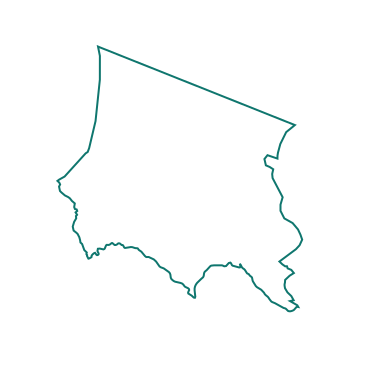 the border of Zhambyl, rotated 22°
{"feature_id": "KAZ-3252", "entity_name": "Zhambyl", "entity_type": "Region", "adm_level": 1, "iso_a3": "KAZ", "parent_name": "Kazakhstan", "parent_adm1": "", "projection": "equal_earth", "projection_center": [72.801, 44.147], "detail": "fine", "context": "isolated", "style": "outline", "palette": "teal", "viewbox_px": 384, "rotation_deg": 22, "n_neighbors": 0, "source": "natural_earth", "source_scale": "10m", "svg_char_len": 3107}
<svg xmlns="http://www.w3.org/2000/svg" viewBox="0 0 384 384"><g transform="rotate(22 192 192)"><path d="M307.6,264.0L306.5,263.8L303.9,262.3L302.8,261.5L301.6,260.8L299.0,260.0L297.7,259.4L296.5,258.4L292.8,256.7L287.9,255.9L286.4,255.3L281.9,252.0L281.3,251.3L280.2,249.6L279.6,248.8L278.8,248.4L277.0,247.9L275.4,246.9L273.6,246.8L272.8,246.3L270.5,244.6L269.3,244.0L267.8,243.7L266.6,243.2L264.4,241.3L263.2,240.6L264.3,242.1L264.8,243.1L264.7,243.9L264.0,244.3L257.2,245.1L256.4,244.8L254.8,243.4L254.0,243.1L252.7,244.1L251.3,247.9L249.7,248.8L247.9,248.7L247.1,248.8L239.8,251.8L237.7,252.9L237.0,253.5L236.6,254.3L234.9,258.9L234.1,260.4L233.7,261.2L233.6,262.2L233.7,263.1L234.2,265.0L234.3,266.0L234.2,266.9L233.0,269.3L230.8,274.3L230.3,276.3L230.2,278.4L230.5,280.3L231.2,282.1L234.3,287.9L234.3,288.0L234.3,289.0L233.1,289.2L230.5,288.2L226.6,287.5L226.1,286.8L226.0,285.6L226.1,283.9L225.5,283.1L224.5,282.7L221.4,282.5L220.6,282.3L219.9,281.9L219.0,281.3L217.4,280.6L215.5,280.6L209.9,281.5L208.5,281.4L207.0,281.0L205.5,280.4L204.4,279.4L202.9,276.7L201.9,275.6L200.6,274.9L194.4,273.4L191.3,273.5L189.8,273.2L184.7,269.9L181.8,268.8L176.3,268.5L175.6,268.7L174.4,269.3L173.7,269.4L172.4,269.0L167.4,266.3L164.7,265.7L164.0,265.4L163.3,264.9L162.7,264.6L161.9,264.8L160.4,265.3L157.4,265.5L156.0,265.9L151.2,268.8L150.5,269.0L149.9,268.8L148.2,267.4L147.8,267.2L147.3,267.2L146.6,267.5L144.5,266.8L143.5,266.9L142.7,267.5L142.3,268.4L141.7,269.2L141.0,269.8L140.2,270.1L139.3,269.9L138.3,269.5L137.3,269.2L136.6,269.5L135.7,271.2L135.1,271.9L134.4,272.4L132.8,272.9L132.4,273.5L132.3,274.6L132.3,276.9L132.1,277.7L131.4,278.4L127.7,279.0L126.0,279.9L126.4,282.0L126.9,282.6L128.4,283.9L128.7,284.5L128.6,285.2L128.2,285.7L127.6,286.1L126.9,286.0L124.9,284.7L124.2,285.3L123.6,286.3L123.1,287.4L122.8,288.5L122.9,289.1L123.1,289.5L123.2,289.9L122.9,290.5L121.5,292.2L121.0,292.6L120.9,292.6L118.5,290.5L118.4,289.8L117.3,289.1L117.1,287.5L113.9,286.2L109.6,281.4L107.5,280.6L106.3,278.6L104.5,276.2L101.6,273.7L99.8,273.0L96.7,272.1L94.4,268.8L93.9,263.9L94.5,259.8L93.4,257.8L94.0,256.2L91.7,254.5L92.7,252.6L91.6,251.4L89.8,251.6L88.4,250.1L87.6,246.5L84.1,245.3L81.1,243.6L79.1,243.1L75.5,242.8L71.0,241.3L69.2,240.5L66.7,236.8L66.9,234.4L65.4,233.0L63.1,232.1L64.1,230.4L68.1,225.4L78.9,196.0L80.3,194.0L80.2,189.8L76.0,162.4L64.5,122.4L55.6,100.3L50.4,92.4L262.3,91.4L256.9,101.2L255.9,114.4L257.0,123.4L257.7,126.4L258.7,129.0L248.2,129.6L246.8,134.3L250.5,139.6L254.7,139.7L258.8,140.5L259.6,145.3L261.5,148.9L278.0,162.9L278.8,170.6L281.1,176.3L287.5,181.9L296.9,183.1L304.3,187.0L308.5,190.9L312.0,194.9L311.7,201.1L309.8,206.1L299.1,223.7L302.8,225.2L306.2,226.0L307.9,225.3L309.3,227.0L313.2,227.0L316.8,229.0L313.9,233.0L311.3,238.6L312.1,241.1L312.4,242.9L313.0,244.3L314.3,246.4L318.1,249.3L323.1,251.3L326.8,254.3L323.8,256.4L332.1,257.6L333.6,258.8L333.1,258.9L332.5,259.1L332.0,259.5L330.7,263.1L330.2,263.8L329.2,264.8L328.0,265.7L326.7,266.2L325.6,266.3L322.8,265.1L322.0,265.0L320.3,265.2L310.5,264.0L307.6,264.0Z" fill="none" stroke="#0f766e" stroke-width="2"/></g></svg>